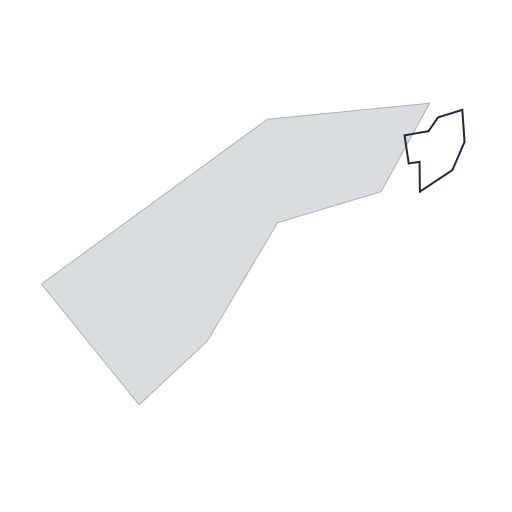 location of Takamaka within Seychelles, rotated 266°
{"feature_id": "SYC-5220", "entity_name": "Takamaka", "entity_type": "state/province", "adm_level": 1, "iso_a3": "SYC", "parent_name": "Seychelles", "parent_adm1": "", "projection": "albers", "projection_center": [55.519, -4.787], "detail": "fine", "context": "in_parent", "style": "outline", "palette": "slate", "viewbox_px": 512, "rotation_deg": 266, "n_neighbors": 0, "source": "natural_earth", "source_scale": "10m", "svg_char_len": 443}
<svg xmlns="http://www.w3.org/2000/svg" viewBox="0 0 512 512"><g transform="rotate(266 256 256)"><path d="M391.6,276.8L396.3,439.9L311.5,385.3L287.8,279.9L174.5,201.4L115.7,129.0L243.0,40.0L391.6,276.8Z" fill="#d9dde1" stroke="#a8b0b8" stroke-width="1"/><path d="M366.0,412.6L368.5,436.8L381.6,447.3L387.4,472.0L355.3,472.0L328.1,458.0L308.8,424.0L338.5,425.7L337.7,414.8L366.0,412.6Z" fill="none" stroke="#1e293b" stroke-width="2"/></g></svg>